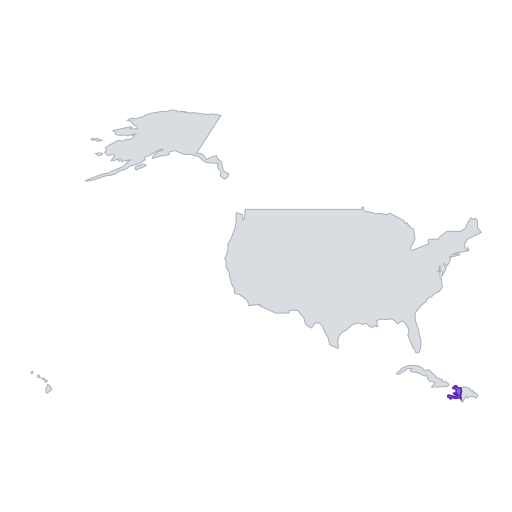 Haiti highlighted among its neighbors
{"feature_id": "HTI", "entity_name": "Haiti", "entity_type": "country or territory", "adm_level": 0, "iso_a3": "HTI", "parent_name": "North America", "parent_adm1": "", "projection": "equal_earth", "projection_center": [-72.755, 19.066], "detail": "fine", "context": "with_neighbors", "style": "filled", "palette": "violet", "viewbox_px": 512, "rotation_deg": 0, "n_neighbors": 3, "source": "natural_earth", "source_scale": "50m", "svg_char_len": 6177}
<svg xmlns="http://www.w3.org/2000/svg" viewBox="0 0 512 512"><path d="M245.2,209.4L361.7,209.4L362.0,207.3L363.5,207.3L363.8,210.2L365.0,211.2L372.1,212.4L376.0,214.0L379.5,213.3L386.0,214.7L389.9,213.2L404.2,220.8L404.5,222.3L405.5,222.8L405.2,223.4L407.2,223.0L408.2,225.2L409.9,225.9L409.3,226.8L413.7,229.5L415.0,239.5L410.2,248.1L410.5,249.5L412.0,250.5L428.9,243.6L428.0,240.1L430.0,239.2L438.3,239.2L439.7,237.0L446.9,231.4L461.5,231.4L462.0,230.0L465.2,228.8L467.9,222.0L471.1,217.8L472.6,219.3L475.4,218.3L477.3,219.9L477.5,227.5L481.3,232.5L467.7,238.9L464.7,243.6L464.6,246.6L466.1,249.7L468.0,249.8L467.5,247.7L468.8,249.0L468.5,250.7L455.6,253.1L451.8,254.8L458.4,253.7L459.7,254.8L453.5,256.6L450.6,256.6L450.8,255.8L449.4,257.5L450.7,257.7L449.7,262.0L446.4,266.5L446.1,265.0L443.6,263.2L444.5,266.4L445.6,267.5L445.7,269.7L441.6,276.9L442.6,272.5L440.3,270.2L439.9,265.3L439.0,267.9L439.9,271.7L436.9,270.7L440.0,272.6L440.1,278.4L441.4,278.8L442.4,287.0L439.4,291.5L434.6,293.3L431.5,296.9L429.1,297.3L426.7,299.6L426.0,301.7L420.8,305.7L415.7,312.4L414.9,316.9L415.6,321.2L419.0,331.2L419.0,333.9L421.1,341.3L420.5,348.2L419.3,352.1L417.8,352.9L415.4,352.2L414.7,349.3L412.9,347.8L407.8,334.9L408.9,330.7L407.7,327.2L404.2,321.9L402.4,320.9L397.5,323.8L394.5,320.5L391.6,318.9L386.2,319.7L382.0,319.0L376.4,320.5L377.1,322.1L376.9,324.7L377.9,326.0L376.9,326.8L375.2,325.8L373.3,327.1L369.9,326.9L366.6,323.5L362.4,324.3L359.0,322.8L351.9,324.8L347.3,329.5L342.3,332.2L339.5,335.3L338.2,338.1L337.8,342.6L338.6,347.8L336.7,348.0L329.7,344.6L327.9,337.1L325.4,333.5L322.1,325.4L319.0,322.9L315.1,323.0L311.6,328.0L307.9,326.1L305.6,324.2L303.6,317.4L297.5,310.4L289.4,310.4L289.0,313.0L275.9,313.1L259.2,305.6L259.8,304.4L248.4,305.6L248.1,302.4L245.7,298.8L243.7,298.1L243.5,296.3L241.0,296.0L239.6,294.3L235.4,293.7L234.4,292.7L234.5,289.4L231.3,283.3L229.2,274.8L229.7,273.5L225.8,266.5L226.3,261.6L224.7,258.4L226.9,253.6L228.1,248.6L227.8,244.1L231.0,238.7L234.9,228.5L236.3,221.0L236.0,213.8L236.8,212.7L242.4,214.6L243.1,219.8L244.6,218.3L245.2,209.4ZM220.9,115.4L196.5,153.2L200.2,153.3L203.2,154.6L206.6,159.6L211.6,157.0L216.3,155.6L217.1,157.9L221.2,161.9L223.5,170.7L228.9,173.8L227.7,176.9L224.5,179.3L220.2,175.9L221.0,171.6L217.7,167.7L217.8,163.3L208.1,162.8L204.2,161.5L198.8,156.7L189.9,154.2L184.4,154.6L174.9,150.6L170.1,151.6L168.9,154.7L161.5,155.9L152.3,158.5L153.5,155.8L158.1,151.3L163.1,150.0L162.8,148.9L156.3,151.3L151.7,154.3L144.0,157.6L145.3,159.8L139.5,163.1L129.2,166.6L126.8,168.7L119.1,171.2L116.3,173.4L110.3,175.5L107.8,175.2L93.6,179.9L85.8,181.3L85.7,180.5L102.6,173.9L107.9,173.4L111.2,171.4L118.6,168.5L124.1,165.9L127.2,162.3L131.0,159.5L125.6,161.0L124.9,160.2L121.6,161.8L120.8,159.5L118.6,161.2L118.8,158.8L113.6,160.7L111.2,160.7L112.9,157.9L114.8,156.3L113.5,154.6L107.9,155.5L104.6,152.3L106.6,149.8L105.2,147.9L108.7,145.4L113.7,143.0L116.8,140.8L120.1,140.5L122.0,141.2L126.7,139.2L129.1,139.5L132.9,138.2L133.8,136.3L132.3,135.6L136.3,134.0L129.5,135.0L127.6,135.9L125.5,135.0L119.9,135.4L115.5,134.4L115.4,132.8L112.9,130.5L129.2,127.0L132.1,127.0L129.9,128.9L137.6,128.7L136.8,126.3L133.7,124.9L131.0,121.4L127.3,120.3L131.1,118.4L137.3,118.3L143.3,116.6L145.7,114.9L150.7,113.3L162.3,111.4L165.2,111.7L172.1,109.9L176.6,110.6L177.7,112.1L179.8,111.4L185.4,111.6L184.5,112.4L189.3,113.0L193.0,112.6L208.0,114.5L213.0,113.9L220.9,115.4ZM92.7,138.2L94.3,138.9L97.0,138.5L102.1,140.2L97.8,141.5L95.1,139.9L91.6,140.1L91.1,139.7L92.7,138.2ZM49.7,385.6L51.9,389.4L46.9,393.3L45.9,392.4L45.9,388.1L47.4,386.3L47.7,384.4L49.7,385.6ZM47.6,381.1L45.3,382.4L44.3,380.1L44.9,379.5L47.6,381.1ZM44.4,378.4L44.1,379.1L41.5,378.9L42.1,378.1L44.4,378.4ZM38.9,374.9L40.2,377.5L39.9,377.8L37.9,377.5L37.4,375.8L38.9,374.9ZM33.1,371.6L32.1,373.8L30.7,372.6L32.0,371.5L33.1,371.6ZM99.9,152.9L102.6,153.3L101.6,155.0L98.7,155.7L95.5,153.6L99.9,152.9ZM142.9,164.0L145.3,164.3L146.0,165.8L136.1,169.9L134.9,168.6L135.7,166.4L142.9,164.0Z" fill="#d9dde1" stroke="#a8b0b8" stroke-width="1"/><path d="M461.5,401.0L461.4,397.3L460.1,395.3L461.3,394.2L461.2,388.1L461.9,386.9L465.7,387.0L469.9,388.5L470.8,390.8L473.5,390.7L473.4,392.7L475.6,392.9L478.0,395.4L476.2,398.1L473.8,396.6L470.0,396.6L467.2,398.2L466.4,396.6L464.8,397.5L462.8,402.1L461.5,401.0Z" fill="#d9dde1" stroke="#a8b0b8" stroke-width="1"/><path d="M409.8,365.2L417.8,365.8L422.3,368.0L424.2,370.4L428.8,369.7L437.6,378.2L442.2,379.5L441.8,381.3L445.4,381.6L449.1,384.3L448.5,385.8L445.3,386.7L431.5,387.1L434.8,383.4L432.9,381.7L429.7,381.3L428.0,379.4L426.9,375.7L424.1,375.9L418.2,372.8L411.8,371.8L410.1,370.5L412.0,368.8L407.2,368.5L403.6,371.9L401.6,372.0L400.9,373.6L398.4,374.3L396.4,373.7L402.4,367.9L409.8,365.2Z" fill="#d9dde1" stroke="#a8b0b8" stroke-width="1"/><path d="M460.9,388.0L461.0,388.2L461.2,389.6L461.3,390.0L461.0,390.6L461.1,390.9L461.6,391.5L461.5,391.9L461.1,392.5L460.8,392.9L460.9,393.3L461.1,393.7L461.2,394.1L461.1,394.6L460.7,395.1L460.5,395.3L459.9,395.4L459.8,395.5L460.1,396.0L460.5,396.7L461.0,397.2L461.1,397.6L461.0,398.1L461.0,399.2L460.6,398.6L460.1,398.2L459.8,398.0L459.5,397.9L457.4,398.0L457.1,398.0L456.9,398.2L456.7,398.3L456.1,398.4L455.5,398.4L454.1,398.1L453.6,397.9L453.0,397.8L452.4,397.8L451.7,397.9L451.2,398.2L450.8,398.6L450.7,399.0L450.0,398.5L449.5,398.0L449.0,397.6L447.9,397.1L447.7,396.8L447.6,396.4L448.0,395.3L448.6,395.1L448.8,395.0L449.5,395.2L450.1,395.4L450.6,395.6L451.5,395.7L452.0,396.0L455.3,396.4L455.9,396.5L456.2,396.5L456.4,396.3L456.6,396.0L456.8,395.8L457.8,395.7L458.0,395.6L458.1,395.3L458.1,394.9L457.5,394.5L456.6,393.5L455.8,392.3L456.2,391.9L456.0,391.2L456.2,390.5L456.4,389.9L455.6,389.3L454.6,388.7L453.3,388.6L453.0,388.4L452.7,388.0L452.9,387.4L453.4,387.1L453.8,386.9L454.3,386.8L455.5,386.7L456.7,386.8L457.7,387.4L458.7,387.9L460.1,388.0L460.6,388.2L460.9,388.0ZM455.9,394.3L455.8,394.7L454.5,394.2L453.5,393.5L453.5,393.1L454.1,393.0L454.6,393.2L455.3,393.7L455.9,394.3ZM456.6,385.9L456.8,386.1L456.7,386.3L456.2,386.2L455.7,385.9L455.5,386.0L455.4,386.0L455.1,385.8L455.4,385.6L455.6,385.6L455.9,385.6L456.6,385.9Z" fill="#8b5cf6" stroke="#5b21b6" stroke-width="1.5"/></svg>